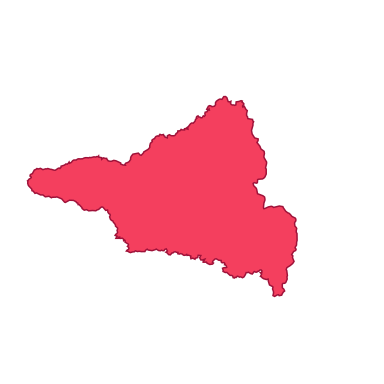 Monte Alegre de Goiás, Goiás, Brazil (Natural Earth projection), rotated 220°
{"feature_id": "56859067B90093071005547", "entity_name": "Monte Alegre de Goiás", "entity_type": "district", "adm_level": 2, "iso_a3": "BRA", "parent_name": "Brazil", "parent_adm1": "Goiás", "projection": "natural_earth1", "projection_center": [-46.903, -13.311], "detail": "fine", "context": "isolated", "style": "filled", "palette": "rose", "viewbox_px": 384, "rotation_deg": 220, "n_neighbors": 0, "source": "geoboundaries", "source_scale": "gbopen_adm2", "svg_char_len": 6070}
<svg xmlns="http://www.w3.org/2000/svg" viewBox="0 0 384 384"><g transform="rotate(220 192 192)"><path d="M57.4,175.7L59.2,176.6L61.2,176.7L63.6,179.4L63.6,180.4L62.3,181.7L62.0,182.9L63.1,186.5L64.8,188.1L65.1,189.2L68.9,192.7L69.9,193.0L70.3,193.9L70.7,195.1L69.5,198.7L68.9,201.9L69.2,204.4L72.8,206.3L73.7,207.9L75.4,208.1L75.9,211.8L75.0,213.8L75.5,215.1L76.7,215.3L77.4,215.8L77.8,218.5L79.6,220.8L80.4,222.5L84.9,227.7L86.1,228.1L87.1,229.1L88.4,231.4L89.5,231.8L91.2,232.0L93.1,233.7L93.8,234.8L93.8,236.2L94.3,237.2L95.1,238.0L96.1,238.4L99.8,237.5L102.2,238.0L104.0,238.1L105.3,237.6L107.9,237.5L111.8,238.6L113.0,239.2L116.1,237.4L119.6,232.6L120.8,232.6L122.1,232.0L123.9,229.7L125.6,226.1L126.4,225.4L127.4,226.2L129.8,229.7L130.8,232.4L131.5,233.4L133.2,234.8L135.3,234.7L140.7,232.8L144.3,235.7L145.3,236.2L148.9,236.5L150.7,237.9L150.3,239.2L148.4,240.1L147.9,241.1L149.7,243.7L149.2,244.6L146.4,247.3L145.9,248.7L145.8,250.4L146.7,253.5L149.9,257.3L151.1,257.6L153.1,261.6L154.1,262.9L159.0,264.7L159.9,265.6L161.2,268.0L162.9,269.5L166.9,269.3L169.4,270.7L174.1,271.7L174.4,273.8L175.4,275.2L178.8,273.7L183.2,275.1L186.0,277.4L188.2,282.3L189.5,283.8L190.0,285.5L191.3,285.6L192.3,286.5L196.4,284.1L197.8,285.3L199.2,285.6L200.7,287.3L202.0,289.9L203.7,289.9L207.1,291.3L207.6,289.8L208.5,290.3L208.8,292.8L209.9,293.1L211.5,293.0L211.9,294.0L213.1,293.5L214.3,291.5L216.1,289.4L214.4,286.9L215.0,285.8L215.9,285.6L216.8,284.7L218.0,284.3L219.3,284.5L220.5,286.5L221.2,285.1L222.4,284.5L226.0,286.7L227.6,286.7L229.0,285.5L228.6,282.2L230.3,281.2L231.0,279.9L231.7,277.1L231.3,275.3L230.1,274.1L229.9,272.2L231.6,270.2L232.9,270.1L234.0,269.5L234.6,268.3L233.9,264.8L232.4,265.3L232.1,263.1L233.2,261.6L232.5,260.3L231.2,259.2L231.2,257.8L232.3,257.6L232.0,255.5L232.8,254.6L234.1,254.5L235.3,253.7L236.3,254.2L236.8,253.1L236.7,252.0L235.7,251.6L236.0,250.0L235.2,248.2L235.3,245.5L236.5,244.8L237.0,243.4L236.8,238.7L235.5,237.5L236.6,237.0L237.3,237.9L237.6,236.5L238.4,235.7L237.6,234.8L239.7,233.1L240.6,233.0L240.5,231.5L241.1,230.5L242.1,229.8L241.3,228.3L241.8,226.4L241.4,225.5L241.5,224.2L242.2,223.3L244.0,221.8L246.2,221.3L247.0,219.3L245.7,217.6L248.0,216.7L248.8,217.3L249.9,217.0L250.8,217.7L252.3,215.9L253.6,215.6L253.6,214.5L253.3,213.5L254.6,212.7L255.3,211.3L255.3,210.1L255.0,208.7L255.6,207.9L256.0,205.9L254.8,205.1L255.2,202.6L254.1,200.3L253.0,199.0L253.0,196.6L254.7,191.7L254.3,190.6L254.5,187.5L255.4,187.0L258.1,187.3L261.6,183.0L261.5,180.1L260.9,178.6L259.9,177.4L259.7,174.8L260.3,173.1L261.3,171.5L261.2,170.1L260.3,169.7L262.1,168.4L264.6,167.6L265.3,168.4L270.4,167.0L272.3,165.9L273.3,164.0L274.3,163.0L276.2,162.0L278.2,162.4L279.0,162.9L279.9,162.1L281.8,161.2L282.2,159.0L283.3,160.2L285.8,158.8L286.7,159.6L286.7,158.6L287.7,158.0L288.2,156.9L289.7,155.9L291.6,153.3L292.6,152.7L293.3,151.5L294.4,150.9L295.7,149.8L296.6,148.5L297.2,147.1L299.1,145.3L300.0,144.8L300.9,143.6L301.2,142.2L303.1,140.5L303.5,139.3L303.5,137.0L304.2,135.4L305.4,136.0L305.2,134.7L305.5,133.0L306.6,132.5L307.0,130.6L308.9,127.6L308.2,126.6L308.3,125.1L309.2,125.0L309.8,124.0L310.7,120.8L311.6,120.1L314.2,119.0L315.2,118.3L317.6,117.3L318.1,116.3L319.0,115.7L320.6,113.3L323.3,112.7L324.7,110.7L325.9,110.3L326.1,109.0L326.9,107.5L326.1,103.5L327.0,101.5L326.4,100.1L325.3,100.3L324.4,99.7L324.6,98.3L325.1,97.1L325.0,95.8L325.2,94.8L324.4,94.5L323.5,93.1L321.9,92.0L320.9,91.7L316.6,91.2L315.4,90.1L314.2,90.6L311.4,90.0L310.6,91.3L306.2,92.4L304.4,93.9L301.3,94.0L298.8,96.8L296.0,97.2L295.6,98.2L293.0,100.5L292.4,101.4L287.4,103.0L283.1,102.3L282.3,102.6L280.6,106.9L277.4,109.4L274.6,110.0L273.5,109.6L272.4,110.1L271.1,109.1L270.2,109.8L266.2,109.3L265.6,108.7L262.9,108.8L261.4,110.7L259.0,111.2L256.3,113.9L253.6,115.8L253.1,117.5L252.3,118.6L251.9,121.7L251.4,122.7L250.3,123.1L246.3,122.4L245.1,123.9L243.3,122.4L241.7,122.0L240.4,122.2L239.6,121.5L239.2,120.0L236.8,118.6L235.2,118.5L234.2,119.0L232.6,118.2L231.1,118.1L229.4,117.5L228.7,116.7L225.9,116.6L225.1,115.7L224.8,114.5L223.1,113.3L222.8,111.9L223.2,110.5L223.0,109.3L221.0,110.0L220.5,107.6L218.4,109.4L219.2,110.1L218.4,111.0L217.5,110.1L216.6,110.7L215.9,111.7L215.0,111.9L214.0,111.7L213.1,110.8L212.7,111.9L211.6,111.5L211.2,110.6L207.1,111.1L206.5,110.3L206.5,108.8L205.1,108.9L204.1,108.2L203.8,107.3L204.4,105.6L204.3,104.6L203.2,105.3L201.8,105.5L200.2,106.0L199.0,107.9L197.7,109.2L197.6,110.5L195.5,111.3L194.4,112.6L192.3,113.9L189.8,116.1L190.1,117.5L189.6,119.4L188.4,119.3L184.9,121.4L183.1,124.2L182.7,125.3L180.0,125.7L178.4,126.7L178.0,127.8L176.4,128.4L175.7,129.1L176.0,130.4L175.2,131.9L172.9,131.0L173.3,129.1L172.0,129.4L169.7,129.0L168.2,129.9L168.1,132.6L167.4,133.1L167.3,134.2L166.5,135.5L165.1,135.8L163.9,136.7L163.2,135.6L161.8,136.3L161.1,137.5L159.5,138.2L158.1,138.1L157.3,138.4L156.1,139.8L155.9,140.8L155.0,140.3L154.0,141.4L151.7,142.2L150.9,140.9L149.9,140.2L148.9,141.8L146.5,142.4L146.8,143.5L145.5,145.4L146.6,147.5L144.4,149.0L143.9,146.6L141.6,145.6L140.3,146.6L139.0,148.8L138.7,147.4L139.0,146.3L138.3,145.4L135.8,147.6L134.7,147.1L131.8,147.9L129.9,150.0L129.9,151.4L131.2,151.3L131.6,152.8L131.3,155.4L130.6,156.4L127.7,156.9L125.6,158.3L124.7,157.2L123.5,157.1L122.0,158.5L121.0,158.4L120.3,157.2L119.6,157.7L118.2,157.4L117.0,156.6L117.4,155.8L118.8,154.7L119.6,153.2L117.7,152.0L117.2,151.1L114.8,151.7L113.6,152.8L109.2,152.6L107.9,153.7L106.6,153.7L105.4,152.8L104.2,153.4L104.2,154.4L103.3,154.8L103.2,156.6L101.9,157.2L101.0,157.2L100.2,158.3L98.2,158.8L97.6,160.4L98.0,163.1L98.7,165.1L97.8,165.8L97.2,166.8L94.6,167.2L93.1,167.9L93.2,171.1L91.6,171.6L90.8,172.3L90.7,173.4L90.0,174.1L89.7,176.1L89.0,176.7L87.9,176.6L86.8,175.2L87.8,174.2L85.9,173.9L85.3,171.3L84.4,171.7L83.2,171.4L81.4,171.6L78.7,172.8L77.7,174.2L76.0,172.6L72.9,170.6L69.3,171.4L68.5,170.7L68.0,169.5L65.9,168.3L64.7,167.2L63.4,164.7L61.6,165.1L60.5,168.0L59.7,168.9L58.6,168.6L57.0,170.6L57.5,172.3L57.7,174.2L57.4,175.7ZM232.4,265.3L232.3,266.6L231.4,265.9L232.4,265.3Z" fill="#f43f5e" stroke="#9f1239" stroke-width="1.5"/></g></svg>